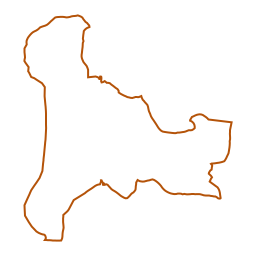 Ku'aydinah, Hajjah, Yemen
{"feature_id": "15242507B26169260519546", "entity_name": "Ku'aydinah", "entity_type": "district", "adm_level": 2, "iso_a3": "YEM", "parent_name": "Yemen", "parent_adm1": "Hajjah", "projection": "natural_earth1", "projection_center": [43.351, 15.819], "detail": "fine", "context": "isolated", "style": "outline", "palette": "amber", "viewbox_px": 256, "rotation_deg": 0, "n_neighbors": 0, "source": "geoboundaries", "source_scale": "gbopen_adm2", "svg_char_len": 5665}
<svg xmlns="http://www.w3.org/2000/svg" viewBox="0 0 256 256"><path d="M31.2,77.0L34.3,78.2L36.5,79.7L42.0,83.2L44.8,87.1L44.7,90.8L44.6,95.5L44.6,96.2L44.7,97.4L45.4,104.8L45.6,106.6L45.9,110.8L46.0,113.7L46.0,117.6L46.0,124.7L46.1,127.9L46.1,128.1L46.1,128.4L45.7,136.3L45.6,138.1L45.5,139.8L45.2,142.2L45.1,143.4L44.1,153.9L44.1,154.2L43.7,157.5L43.5,159.4L43.5,159.9L43.5,160.3L43.1,163.4L42.6,168.7L42.4,171.0L39.5,178.1L39.2,178.5L36.6,182.4L36.1,183.1L34.2,185.8L31.3,190.1L30.1,192.7L29.5,194.2L27.0,199.6L24.5,205.2L24.6,208.0L24.8,211.8L25.0,215.7L27.5,219.9L28.8,222.1L31.8,226.6L35.8,230.8L36.3,231.4L38.7,232.9L40.8,233.8L42.6,234.4L44.0,234.6L45.1,235.4L45.8,237.3L45.8,238.3L45.3,239.4L44.9,240.0L46.1,240.0L47.9,240.2L48.5,240.2L49.6,240.2L51.1,240.3L52.6,240.5L52.8,240.5L54.6,240.5L56.3,240.6L57.9,240.6L59.5,240.6L61.2,240.5L62.1,238.5L62.4,236.8L62.5,234.9L62.6,233.2L62.9,231.2L63.3,229.5L63.6,227.8L63.5,226.1L63.3,224.0L63.1,222.1L63.1,220.3L63.1,218.6L63.1,218.3L63.3,216.8L63.3,215.0L64.8,213.6L66.6,212.0L67.8,210.8L68.8,209.4L73.7,200.1L84.9,193.2L86.4,191.9L88.1,190.7L88.9,190.2L89.5,189.8L89.8,189.6L91.1,188.8L92.4,187.9L93.8,186.9L95.2,185.9L96.7,185.1L98.2,184.6L100.0,184.3L101.1,181.2L101.0,180.3L101.5,180.3L102.9,183.0L102.9,184.3L103.1,184.9L103.4,184.9L103.6,184.0L104.0,183.5L104.3,183.8L104.6,184.1L104.5,184.4L104.7,184.8L105.2,184.7L105.8,184.4L106.4,184.3L106.9,184.5L107.7,184.9L108.8,186.2L110.1,187.6L111.3,189.0L112.6,190.0L114.0,190.8L115.5,191.7L116.9,192.7L118.6,194.0L119.9,195.1L121.2,196.1L122.6,196.9L124.2,197.8L125.7,198.3L127.3,198.1L128.6,196.9L129.8,195.7L130.9,194.3L132.1,193.2L133.5,192.4L133.6,192.2L134.6,191.1L135.5,189.7L135.7,188.0L135.8,186.2L136.1,184.5L136.2,182.5L137.6,180.0L139.5,181.1L141.0,181.4L142.6,181.6L144.2,181.5L146.1,181.0L147.6,180.6L149.4,180.3L150.8,179.8L152.5,179.4L154.0,179.9L155.5,180.8L157.0,181.9L158.4,183.1L159.7,184.4L161.0,185.9L162.0,187.4L163.1,188.7L164.4,190.0L165.7,191.0L167.4,192.0L169.1,192.8L170.7,193.4L172.5,193.8L174.3,194.1L176.2,194.0L177.8,193.6L179.4,193.6L181.0,193.7L182.6,194.3L184.3,193.9L184.7,194.0L186.6,194.3L188.3,194.3L190.1,194.2L191.8,194.0L192.9,194.0L193.6,194.0L195.2,194.2L196.9,194.1L198.5,194.1L200.0,194.2L201.9,194.7L203.8,195.3L205.5,195.5L207.3,195.5L209.0,195.5L210.7,195.9L212.4,196.1L214.2,196.5L215.1,196.4L216.7,197.1L217.3,197.7L217.9,198.2L218.4,198.4L219.3,198.6L220.1,198.5L220.2,198.4L220.4,198.4L220.5,198.3L220.6,198.2L220.6,197.9L220.3,196.0L220.2,195.4L220.0,194.0L219.9,193.1L219.7,192.1L219.2,190.3L218.5,188.8L217.5,187.3L216.1,186.3L214.6,185.2L213.1,184.1L211.7,183.1L209.7,181.6L210.9,178.9L212.0,177.3L211.0,175.8L208.8,173.7L209.0,172.6L210.3,170.5L211.6,169.6L211.7,168.9L211.8,167.7L212.0,166.7L212.2,165.9L212.1,165.3L211.9,165.0L211.0,163.9L211.8,163.5L212.8,163.5L214.1,163.4L215.6,163.2L217.4,162.9L219.0,162.7L220.8,162.3L222.4,161.9L224.3,161.2L225.3,159.8L226.3,158.0L226.8,156.9L227.0,156.4L227.8,154.8L228.5,153.3L228.9,151.1L229.2,149.2L229.5,147.3L229.7,145.2L229.8,143.0L229.7,141.2L230.1,139.2L230.1,137.5L230.0,135.6L229.9,133.8L230.0,132.0L230.0,130.2L231.6,122.3L208.5,119.5L208.1,119.1L207.3,118.2L205.7,116.9L204.3,116.0L203.0,115.1L202.5,114.9L201.4,114.5L199.7,114.3L198.2,114.5L196.9,114.8L196.6,114.9L195.1,115.5L193.5,116.3L191.9,117.0L190.1,120.1L190.1,120.7L190.7,120.9L192.1,121.7L193.5,123.1L194.3,124.6L194.7,126.4L194.7,128.1L193.5,129.2L192.0,130.1L190.5,130.3L188.9,130.2L187.3,130.8L185.6,131.5L184.1,131.9L182.5,132.1L180.7,132.4L179.1,132.6L177.5,132.6L175.9,133.1L173.9,133.1L171.8,132.9L170.2,132.7L168.4,132.5L166.3,132.2L164.4,131.9L162.8,131.6L161.4,130.9L160.0,129.7L158.7,128.2L157.7,126.7L157.2,125.9L156.6,124.9L155.7,123.5L154.5,121.7L153.5,120.2L152.5,118.8L151.6,117.4L150.8,115.8L150.2,114.0L149.5,112.4L149.2,111.8L148.8,110.7L148.4,108.8L148.3,108.3L148.0,106.7L147.4,105.0L146.2,103.6L144.9,102.2L143.9,100.9L142.7,99.7L141.7,97.5L141.3,96.1L141.1,96.2L140.9,96.2L140.6,96.4L140.4,96.4L140.2,96.5L139.8,96.7L139.7,96.8L139.4,96.8L139.2,96.9L139.0,97.0L138.8,97.1L137.7,97.1L137.4,97.1L137.0,97.0L135.4,97.0L134.4,97.4L133.9,97.5L132.3,98.0L130.5,97.8L129.0,97.4L127.4,97.1L125.8,96.3L124.8,95.9L124.6,95.8L124.3,95.7L122.5,94.8L120.8,93.9L119.3,92.9L118.7,92.5L118.6,90.7L117.5,89.1L115.8,88.0L113.3,86.0L111.1,84.4L109.8,83.2L108.6,82.9L107.7,82.8L106.7,82.8L106.4,82.5L105.7,81.9L104.7,81.1L103.2,82.0L102.7,82.2L101.6,82.4L101.5,82.1L101.1,81.2L101.2,80.8L101.2,80.0L101.3,79.5L101.4,78.6L101.4,77.7L101.2,76.7L100.2,76.5L100.0,76.8L100.1,77.5L100.1,78.1L100.0,78.5L99.8,78.8L99.5,79.0L99.3,79.0L99.2,78.9L99.1,78.7L99.1,78.4L98.8,77.9L97.5,77.1L97.4,77.1L95.6,76.5L88.1,77.3L88.1,69.8L87.5,68.0L86.7,66.1L85.7,64.8L84.6,63.5L83.5,62.1L82.7,60.3L82.0,58.6L81.6,56.8L81.6,55.1L81.6,54.9L81.9,53.0L82.1,51.0L82.3,49.2L82.6,47.0L82.7,45.2L82.8,43.0L83.5,41.1L82.9,38.8L83.1,36.9L83.3,34.9L83.6,33.0L83.8,31.1L84.8,29.8L86.0,28.7L87.4,27.8L88.9,27.3L89.5,27.0L89.2,25.5L88.0,24.1L87.0,22.9L85.6,22.0L84.5,20.6L83.3,19.1L82.4,17.6L81.1,16.7L79.5,16.0L77.8,15.4L77.3,15.5L76.3,15.8L74.7,16.0L73.1,16.1L71.4,16.4L70.0,16.9L67.9,17.3L66.3,17.4L64.8,17.1L63.2,16.9L61.6,16.9L60.1,16.9L58.5,17.0L57.0,17.1L56.0,17.3L55.2,17.5L53.9,18.6L52.4,20.0L51.1,21.1L49.8,22.4L48.3,23.8L47.0,24.8L45.3,25.6L43.4,26.2L41.6,26.8L40.1,27.4L39.0,28.5L37.7,29.6L36.1,30.6L34.8,31.2L34.4,31.4L32.8,32.3L31.5,33.4L30.1,34.9L28.9,36.4L28.1,37.5L27.9,37.8L27.0,39.7L26.6,40.9L26.5,42.3L26.7,44.5L24.5,48.4L24.5,50.3L24.5,52.2L24.7,54.0L24.9,55.9L25.0,57.6L24.6,59.3L24.4,61.0L25.5,62.8L28.6,67.1L28.2,71.3L29.0,72.5L31.2,77.0Z" fill="none" stroke="#b45309" stroke-width="2"/></svg>